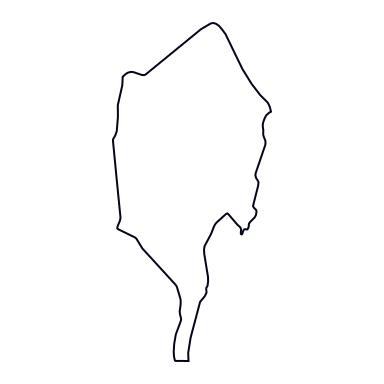 an SVG outline of Blue Nile
{"feature_id": "SDN-148", "entity_name": "Blue Nile", "entity_type": "State", "adm_level": 1, "iso_a3": "SDN", "parent_name": "Sudan", "parent_adm1": "", "projection": "equal_earth", "projection_center": [34.239, 11.094], "detail": "fine", "context": "isolated", "style": "outline", "palette": "ink", "viewbox_px": 384, "rotation_deg": 0, "n_neighbors": 0, "source": "natural_earth", "source_scale": "10m", "svg_char_len": 1786}
<svg xmlns="http://www.w3.org/2000/svg" viewBox="0 0 384 384"><path d="M271.0,111.7L269.3,112.6L266.4,115.1L265.2,117.1L264.2,119.5L263.3,122.0L262.8,124.4L262.8,126.5L263.3,130.4L263.2,134.6L263.8,136.8L265.4,140.9L265.5,142.9L265.3,144.9L255.7,173.1L255.4,175.4L256.2,178.2L257.5,180.1L258.5,182.2L258.2,185.5L253.2,205.2L253.1,206.3L253.8,207.6L256.1,209.9L256.5,211.4L256.0,214.9L254.7,217.4L250.5,221.6L249.1,223.4L248.8,224.6L248.8,225.8L248.4,227.7L247.4,229.4L246.5,229.5L245.6,229.2L244.3,229.3L243.4,230.4L242.4,233.6L241.7,234.4L240.9,234.0L240.8,232.5L241.1,229.4L240.6,227.9L239.6,226.7L237.4,224.7L228.1,213.9L227.2,213.4L225.9,214.1L216.6,222.5L215.3,224.1L214.1,226.2L211.1,233.9L204.5,246.3L204.0,249.9L204.3,254.2L208.0,276.9L208.1,281.5L207.5,285.9L207.2,286.5L206.5,287.5L206.3,288.1L206.2,289.2L206.5,291.8L206.4,292.9L204.7,296.3L200.1,301.9L190.6,337.7L188.2,353.0L188.5,361.0L175.5,360.9L175.3,360.8L175.0,360.5L174.8,360.0L174.6,359.3L174.0,356.3L173.7,351.8L174.2,343.9L175.8,334.5L180.7,321.3L181.0,320.2L181.1,319.6L181.1,318.9L180.6,316.5L180.0,314.5L179.7,311.4L180.6,304.6L180.7,302.5L180.6,299.7L180.2,298.0L176.8,286.6L175.6,284.8L159.0,266.6L142.4,248.5L136.4,238.7L135.7,238.0L134.9,237.4L118.1,229.2L117.3,228.4L117.4,227.1L117.9,225.6L119.9,220.8L120.2,219.5L120.5,217.6L116.7,179.4L113.0,141.2L113.0,139.7L113.4,138.7L113.7,138.1L114.7,136.5L115.5,134.8L116.5,131.9L116.8,130.8L117.9,117.1L117.8,105.2L122.3,85.3L122.7,76.8L125.0,74.6L126.3,73.6L127.9,72.7L129.5,72.2L131.2,71.9L133.3,72.1L142.0,75.0L144.3,75.1L145.6,74.5L201.1,29.1L210.9,23.4L213.6,23.0L216.2,23.9L219.1,26.0L221.8,29.1L225.5,34.1L242.4,69.0L251.7,84.0L260.3,95.2L267.6,102.5L268.2,103.4L269.8,106.9L271.0,111.7L271.0,111.7Z" fill="none" stroke="#020617" stroke-width="2"/></svg>